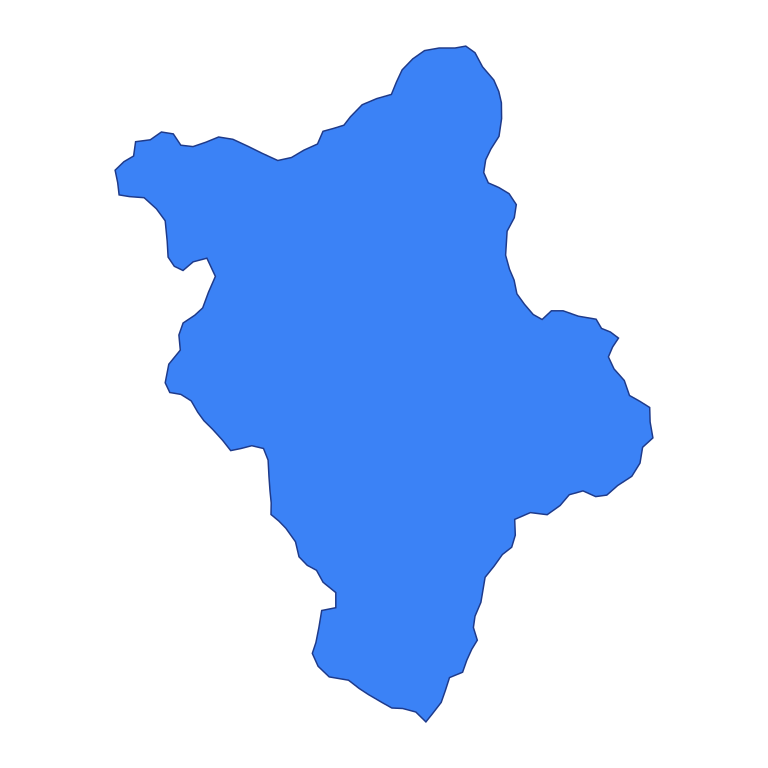 Crucilândia, Minas Gerais, Brazil (Natural Earth projection)
{"feature_id": "56859067B69877732933738", "entity_name": "Crucilândia", "entity_type": "district", "adm_level": 2, "iso_a3": "BRA", "parent_name": "Brazil", "parent_adm1": "Minas Gerais", "projection": "natural_earth1", "projection_center": [-44.362, -20.409], "detail": "fine", "context": "isolated", "style": "filled", "palette": "blue", "viewbox_px": 768, "rotation_deg": 0, "n_neighbors": 0, "source": "geoboundaries", "source_scale": "gbopen_adm2", "svg_char_len": 2038}
<svg xmlns="http://www.w3.org/2000/svg" viewBox="0 0 768 768"><path d="M493.8,80.0L482.5,66.8L475.0,52.7L465.8,46.1L455.1,48.0L439.2,48.0L424.5,50.6L412.8,58.8L402.1,69.9L396.5,81.9L391.4,94.4L376.7,98.6L362.2,104.7L350.5,116.7L343.9,125.2L333.2,128.5L323.0,131.3L317.5,144.0L303.8,150.2L291.5,157.5L277.8,160.5L261.9,153.2L248.2,146.4L232.9,139.3L218.6,137.0L205.9,142.2L193.0,146.6L180.8,145.2L173.3,133.9L161.4,132.0L150.3,139.8L135.6,141.7L133.6,156.0L123.9,161.7L115.1,170.2L117.7,182.7L119.1,194.9L129.4,196.6L144.1,197.7L156.4,208.8L165.2,220.8L167.2,241.3L168.1,257.1L174.3,266.3L183.0,270.5L193.2,261.8L206.9,258.2L215.4,276.4L208.5,292.2L202.7,307.9L194.8,315.2L183.1,323.0L178.9,335.0L180.3,350.1L168.8,364.2L165.2,382.8L169.8,392.5L180.9,394.4L191.2,400.9L197.8,412.3L203.9,420.7L212.5,429.2L222.6,440.3L230.7,450.6L241.0,448.5L251.8,445.7L263.5,448.5L268.1,460.1L269.0,477.0L270.0,490.9L271.2,502.9L271.0,514.5L278.8,521.0L285.9,528.3L295.5,541.8L299.0,556.8L307.2,565.3L316.5,570.3L323.1,582.3L335.8,592.6L335.8,607.7L321.7,610.5L318.9,627.5L315.9,642.6L312.3,653.4L318.1,666.3L329.2,676.9L348.5,680.2L359.2,688.5L368.5,694.6L382.2,702.6L391.8,708.0L402.7,708.5L415.8,712.0L425.9,721.9L432.7,713.4L441.2,702.4L445.4,690.4L449.5,677.6L462.6,672.2L466.8,660.2L471.8,649.2L477.3,640.2L473.4,627.5L475.0,616.2L480.9,602.3L485.1,577.3L494.2,566.0L502.4,554.5L511.7,547.2L515.3,535.2L514.7,519.4L530.4,512.6L547.2,514.7L560.1,505.5L569.3,494.7L583.0,490.9L595.7,496.6L606.8,495.1L617.7,485.5L631.8,476.3L640.0,463.1L642.6,447.3L652.9,437.9L650.1,421.9L649.7,407.5L640.0,401.4L629.5,395.5L624.3,380.5L614.0,368.9L608.4,356.9L612.6,347.0L618.5,338.1L610.4,332.0L601.5,328.4L596.1,319.2L578.4,316.2L563.1,310.8L551.4,310.8L542.1,319.5L533.2,314.5L524.4,304.2L516.9,293.8L514.1,280.1L509.5,269.3L505.6,255.2L507.1,231.2L514.3,217.7L516.3,204.6L509.1,193.7L499.0,187.6L488.3,182.9L483.7,172.5L485.7,159.8L490.9,149.0L499.0,136.3L501.6,118.6L501.4,102.8L498.8,91.5L493.8,80.0Z" fill="#3b82f6" stroke="#1e3a8a" stroke-width="1.5"/></svg>